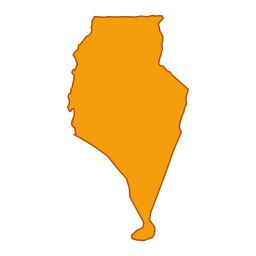 Yarmein, Nimba, Liberia (Robinson projection)
{"feature_id": "62588387B94510923567486", "entity_name": "Yarmein", "entity_type": "district", "adm_level": 2, "iso_a3": "LBR", "parent_name": "Liberia", "parent_adm1": "Nimba", "projection": "robinson", "projection_center": [-8.624, 7.522], "detail": "fine", "context": "isolated", "style": "filled", "palette": "amber", "viewbox_px": 256, "rotation_deg": 0, "n_neighbors": 0, "source": "geoboundaries", "source_scale": "gbopen_adm2", "svg_char_len": 1882}
<svg xmlns="http://www.w3.org/2000/svg" viewBox="0 0 256 256"><path d="M181.4,131.9L180.2,130.2L179.4,127.1L179.5,126.4L179.6,124.0L180.9,119.8L181.9,116.3L183.6,112.6L185.3,105.9L186.5,105.0L186.5,102.2L185.8,99.8L186.7,94.2L187.3,93.0L188.3,89.4L182.9,84.6L175.1,77.7L172.1,75.1L169.7,71.9L167.4,71.2L165.4,68.9L163.5,66.4L160.3,65.8L158.6,63.5L159.4,59.4L160.7,55.5L161.4,52.6L162.1,49.6L162.3,48.7L161.8,44.4L161.7,44.1L162.5,41.8L162.9,37.2L162.6,36.4L161.3,33.5L159.8,31.1L159.7,30.5L159.3,27.8L158.3,23.7L163.2,18.3L162.1,16.0L158.4,15.7L156.8,15.9L155.3,16.1L152.9,15.4L148.3,16.6L147.5,16.9L141.3,16.1L134.7,17.1L129.8,16.9L125.9,16.8L125.3,16.7L124.8,16.6L118.8,17.0L115.2,17.0L110.0,16.8L107.7,16.8L104.5,17.2L100.6,17.1L94.3,16.6L93.7,18.6L92.7,19.3L92.0,21.9L92.3,23.1L91.7,26.2L91.2,27.8L92.0,29.6L90.9,33.4L90.0,34.4L89.5,34.9L86.4,36.6L84.5,38.9L81.7,42.6L81.4,43.0L80.0,44.7L78.6,45.1L78.3,47.0L78.6,48.3L76.6,50.3L75.1,52.0L74.0,53.5L73.2,55.1L74.3,56.6L75.4,58.4L76.1,60.8L77.3,63.5L77.1,65.3L76.0,66.5L76.3,67.8L74.9,70.0L73.8,69.3L72.8,70.6L71.9,72.2L72.3,73.2L74.6,75.6L74.1,77.5L73.8,78.9L72.8,84.5L72.0,87.6L70.7,89.7L70.8,90.0L70.9,92.2L68.5,95.1L68.2,96.3L69.6,102.0L68.4,105.8L67.7,107.2L68.5,109.5L69.9,111.4L70.7,111.4L72.2,108.9L73.6,108.6L74.3,111.1L74.4,115.3L73.5,117.4L72.3,120.3L71.5,124.0L72.6,126.3L74.9,128.1L75.3,132.1L75.9,134.1L74.4,134.6L87.6,142.3L93.1,145.6L101.1,151.3L107.5,155.9L117.4,168.3L119.2,170.3L119.8,171.1L123.2,174.9L126.5,178.7L129.3,187.9L130.0,197.1L131.5,199.7L137.0,210.0L143.8,222.6L143.0,227.4L136.7,230.6L131.4,235.4L132.1,238.5L135.5,239.6L137.4,240.1L143.6,240.6L149.9,238.2L151.7,237.7L152.5,237.4L154.3,234.2L154.3,233.9L155.0,227.8L149.4,219.8L150.1,215.9L150.8,212.2L153.3,205.6L158.2,192.7L159.2,190.1L167.4,168.0L170.4,159.4L173.4,150.8L181.4,131.9Z" fill="#f59e0b" stroke="#b45309" stroke-width="1.5"/></svg>